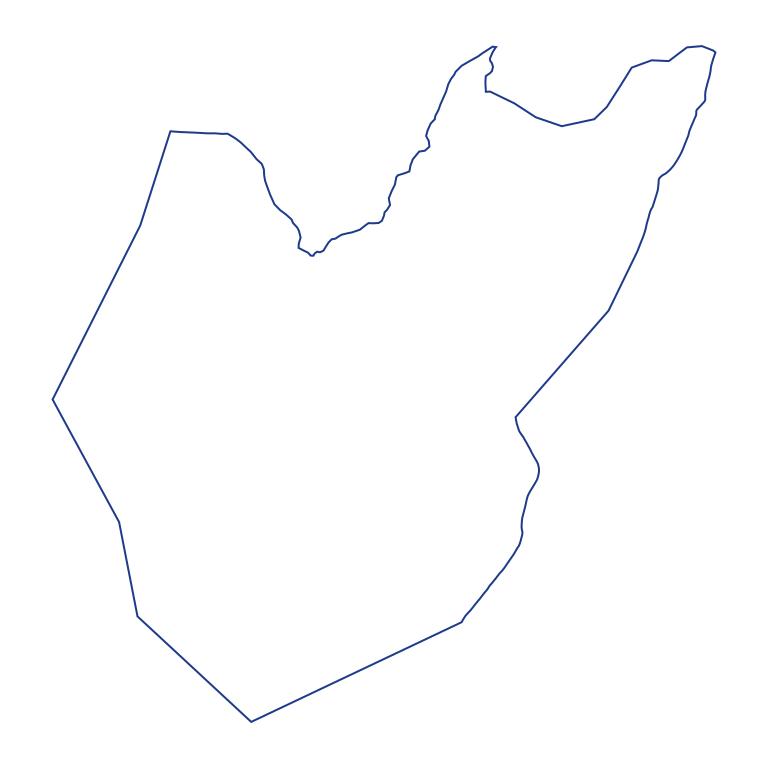 El Nispero, Santa Bárbara, Honduras (Robinson projection)
{"feature_id": "27666195B93278027696890", "entity_name": "El Nispero", "entity_type": "district", "adm_level": 2, "iso_a3": "HND", "parent_name": "Honduras", "parent_adm1": "Santa Bárbara", "projection": "robinson", "projection_center": [-88.3, 14.771], "detail": "fine", "context": "isolated", "style": "outline", "palette": "blue", "viewbox_px": 768, "rotation_deg": 0, "n_neighbors": 0, "source": "geoboundaries", "source_scale": "gbopen_adm2", "svg_char_len": 6023}
<svg xmlns="http://www.w3.org/2000/svg" viewBox="0 0 768 768"><path d="M52.6,399.5L119.1,522.1L137.5,616.4L251.2,721.9L461.6,622.2L462.1,621.3L462.6,620.4L463.1,619.5L463.7,618.6L464.6,617.1L464.8,616.8L465.3,616.1L465.8,615.4L466.4,614.8L466.9,614.2L468.3,612.6L470.1,610.8L470.5,610.3L470.8,609.9L472.2,608.2L474.7,605.0L476.9,602.3L479.6,599.0L480.4,598.0L483.0,594.6L484.8,592.4L485.2,591.9L486.6,590.3L487.3,589.3L487.7,588.9L488.0,588.4L488.2,588.0L488.6,587.4L488.8,586.9L489.2,586.4L489.5,586.0L490.0,585.4L490.4,584.8L491.4,583.8L491.8,583.2L492.4,582.6L495.9,578.2L499.2,573.9L499.8,573.2L500.4,572.5L500.8,572.1L501.8,571.1L502.2,570.6L502.8,569.9L503.3,569.2L503.9,568.5L504.4,567.8L507.9,562.7L513.0,555.3L513.7,554.3L514.3,553.3L514.8,552.5L516.1,550.1L516.9,548.8L517.5,547.8L517.9,547.2L518.4,546.6L518.8,546.0L519.0,545.5L519.1,545.3L519.3,544.8L519.6,544.1L520.1,542.6L520.6,541.0L521.0,539.5L521.4,537.9L521.7,536.8L522.2,534.8L522.3,534.2L522.4,533.6L522.4,533.2L522.4,532.7L522.4,532.2L522.4,531.8L522.3,531.6L522.3,531.1L522.0,530.3L521.9,529.8L521.9,529.4L521.8,528.9L521.7,528.5L521.7,527.8L521.6,527.3L521.6,526.8L521.6,525.4L521.7,524.2L521.8,523.0L521.8,521.7L522.0,520.0L522.1,519.3L522.2,518.5L522.3,517.8L522.4,517.4L522.5,517.0L523.0,515.1L524.1,510.7L524.8,508.2L525.6,504.8L526.6,500.2L526.8,499.3L527.3,497.5L527.4,497.0L527.7,496.2L527.9,495.7L528.1,495.2L528.3,494.8L528.7,493.9L529.2,493.1L529.6,492.2L530.1,491.4L530.9,490.0L531.6,488.9L532.9,486.8L534.1,484.8L535.5,482.4L536.5,480.7L536.8,480.1L537.0,479.6L537.1,479.4L537.4,478.7L537.7,477.8L538.0,476.6L538.1,476.1L538.4,475.0L538.6,474.1L538.7,473.5L538.8,472.8L538.9,472.2L539.0,471.3L539.0,470.6L539.0,469.8L539.0,469.1L538.9,468.3L538.7,467.2L538.6,466.5L538.4,465.8L538.2,465.1L538.1,464.4L537.8,463.6L537.6,463.2L537.4,462.6L537.2,462.2L536.8,461.5L536.4,460.8L536.0,460.1L535.6,459.4L534.6,457.8L534.2,457.1L533.8,456.4L533.4,455.7L532.9,454.8L531.7,452.5L529.8,448.7L529.0,447.2L528.2,445.9L527.5,444.5L523.8,438.1L523.5,437.5L522.8,436.4L522.0,435.3L521.6,434.7L520.8,433.6L520.3,432.8L519.9,432.3L519.6,431.8L519.4,431.3L519.1,430.9L519.0,430.7L518.9,430.3L518.2,428.1L517.3,425.3L516.9,424.1L516.6,422.9L516.5,422.3L516.3,421.1L516.0,420.0L515.9,418.9L515.6,417.2L608.6,310.6L637.4,251.3L639.1,246.9L640.6,243.1L641.8,240.1L642.8,237.7L643.2,236.6L643.6,235.4L644.1,233.9L644.6,232.5L645.0,231.1L645.4,229.6L645.7,228.8L646.0,227.3L646.5,224.9L646.7,224.0L646.9,223.1L647.3,221.7L647.6,220.6L647.9,219.6L648.5,217.8L648.7,217.2L648.7,216.8L648.9,216.2L649.1,215.1L649.3,214.7L649.4,214.2L649.7,213.2L650.1,211.8L650.4,211.1L650.7,210.2L650.9,209.8L651.1,209.3L651.4,208.8L651.6,208.5L652.0,207.9L652.2,207.6L652.3,207.4L652.5,207.0L652.7,206.6L652.8,206.2L653.4,204.4L655.9,196.5L656.6,194.2L657.3,191.8L657.5,191.1L657.7,190.2L657.8,190.0L657.8,189.8L658.1,187.5L658.4,185.2L658.4,184.7L658.5,183.8L658.6,182.9L658.6,181.9L658.6,181.4L658.7,180.7L658.7,180.2L658.8,179.8L658.8,179.5L658.9,179.1L659.1,178.8L659.2,178.6L659.3,178.3L659.7,177.9L660.0,177.6L660.3,177.2L660.7,176.8L661.0,176.5L661.6,176.0L661.9,175.7L662.4,175.4L662.8,175.1L663.3,174.8L663.8,174.5L664.8,174.0L665.1,173.8L665.5,173.6L665.8,173.4L666.2,173.1L667.1,172.4L667.7,171.8L668.4,171.2L669.2,170.5L669.5,170.1L669.9,169.8L670.6,169.1L671.1,168.5L671.9,167.6L672.6,166.8L673.8,165.3L674.5,164.2L674.9,163.7L675.6,162.6L676.6,161.1L677.5,159.6L678.1,158.5L678.9,157.3L679.9,155.4L680.9,153.5L681.2,152.9L681.5,152.3L681.8,151.6L682.6,149.8L682.8,149.4L683.4,148.0L685.0,143.7L685.8,141.8L687.2,138.3L687.9,136.6L688.1,136.1L688.4,135.2L688.5,134.6L688.7,134.0L689.0,132.5L689.2,131.7L689.5,131.0L689.7,130.2L690.9,127.3L692.0,124.7L694.5,118.8L694.8,118.0L695.5,116.7L695.7,116.2L695.9,115.7L696.0,115.1L696.1,114.9L696.2,114.3L696.3,113.8L696.3,113.2L696.3,112.7L696.2,112.1L696.2,111.9L696.2,111.7L696.3,111.5L696.3,111.4L696.4,111.0L696.5,110.6L696.6,110.2L696.9,109.7L697.0,109.6L697.2,109.3L698.0,108.5L701.2,105.2L703.4,102.7L704.1,102.0L704.4,101.6L704.6,101.3L704.7,101.0L704.9,100.7L705.0,100.3L705.1,99.9L705.2,99.5L705.3,99.1L705.3,98.8L705.3,98.5L705.2,97.4L705.2,96.5L705.1,96.1L705.2,95.2L705.2,94.3L705.3,93.4L705.3,93.0L705.4,92.1L705.5,91.2L705.6,90.8L705.8,89.9L706.0,89.0L707.5,83.1L708.0,81.4L708.7,78.9L708.9,78.2L709.2,77.4L709.3,76.9L709.5,76.2L709.8,74.7L710.1,73.2L710.3,72.2L710.5,71.1L710.6,70.6L710.7,69.5L710.8,68.2L710.9,67.6L711.0,66.9L711.1,66.3L711.3,65.5L711.5,64.6L712.0,63.0L712.7,60.6L713.4,58.3L713.9,56.9L714.8,54.3L715.3,52.8L715.4,52.3L712.9,50.4L701.9,46.1L686.9,47.4L668.8,61.1L651.7,60.3L631.7,67.6L621.0,84.8L606.8,107.0L594.3,119.2L561.8,126.2L535.8,117.3L514.3,103.3L499.4,96.1L490.2,91.6L485.9,91.8L485.6,87.1L485.4,82.0L485.8,76.1L489.9,73.2L491.9,71.2L493.0,66.9L492.0,63.4L490.2,60.8L489.9,58.8L490.7,56.7L492.3,53.0L493.5,50.8L495.4,47.8L496.0,47.1L492.5,46.7L488.4,49.4L482.6,53.1L478.1,56.4L469.8,61.0L461.6,65.8L455.6,71.8L454.1,74.9L451.0,78.9L448.3,84.2L446.1,91.5L440.3,104.7L438.5,109.9L435.3,116.0L434.8,119.2L430.7,123.5L427.6,130.4L426.1,136.0L428.8,141.0L429.4,146.7L424.9,150.7L419.1,151.6L412.8,159.3L410.5,165.4L409.4,171.4L404.7,173.2L397.8,175.3L396.3,177.3L394.9,184.6L391.7,191.0L388.8,198.2L389.3,201.3L390.1,205.0L386.9,210.0L384.6,212.3L384.0,215.6L381.9,220.8L378.6,223.0L372.6,223.3L368.5,223.1L364.5,226.0L359.9,229.7L352.0,232.4L346.5,233.5L341.7,234.7L337.9,236.9L335.5,238.6L331.7,239.3L328.5,242.5L325.6,247.1L323.5,250.6L320.0,252.3L317.2,251.7L314.7,253.4L313.4,255.7L310.7,255.6L308.1,252.7L303.0,250.2L298.6,247.9L298.8,243.5L300.6,237.6L299.0,231.0L297.3,227.6L293.5,223.5L293.2,223.3L291.5,219.4L285.9,214.4L280.1,210.1L274.4,204.2L270.3,195.1L266.6,185.2L265.1,180.7L264.2,175.6L263.9,169.4L261.8,163.9L256.7,159.3L250.8,151.9L247.0,148.4L240.8,142.5L235.7,138.6L231.3,135.9L227.6,133.7L222.3,133.9L214.6,133.3L206.7,133.3L194.4,132.6L188.9,132.4L182.9,132.1L181.4,132.1L170.4,131.3L140.2,225.6L52.6,399.5Z" fill="none" stroke="#1e3a8a" stroke-width="2"/></svg>